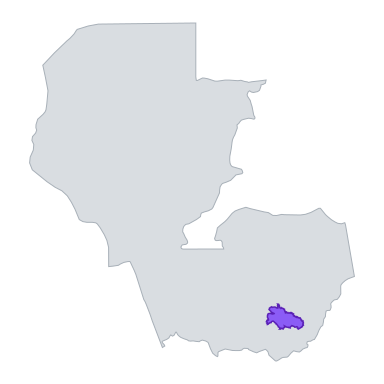 Chinsali, Muchinga, Zambia (highlighted), rotated 90°
{"feature_id": "96606910B49575738019753", "entity_name": "Chinsali", "entity_type": "district", "adm_level": 2, "iso_a3": "ZMB", "parent_name": "Zambia", "parent_adm1": "Muchinga", "projection": "robinson", "projection_center": [32.159, -10.298], "detail": "fine", "context": "in_parent", "style": "filled", "palette": "violet", "viewbox_px": 384, "rotation_deg": 90, "n_neighbors": 0, "source": "geoboundaries", "source_scale": "gbopen_adm2", "svg_char_len": 8309}
<svg xmlns="http://www.w3.org/2000/svg" viewBox="0 0 384 384"><g transform="rotate(90 192 192)"><path d="M266.6,275.3L247.4,275.4L240.4,277.1L234.7,279.7L227.8,283.8L223.9,286.7L222.8,288.3L222.3,291.8L222.3,297.2L221.6,301.1L219.6,304.7L209.2,309.0L202.4,312.5L195.8,316.7L190.8,322.1L187.4,328.7L181.7,337.0L169.8,351.7L162.9,354.4L157.1,353.8L150.1,350.7L144.5,350.2L140.4,352.1L136.6,351.5L133.1,348.4L130.1,347.3L127.8,348.1L124.7,348.0L119.2,346.3L114.4,341.0L111.7,338.8L109.7,338.0L104.0,337.2L90.8,336.0L77.2,338.6L65.2,341.2L52.8,329.5L40.9,317.1L38.3,314.0L33.8,309.8L30.6,307.8L29.4,306.8L26.0,295.8L24.1,285.6L23.0,188.2L76.9,188.2L80.4,187.7L80.5,186.7L78.0,181.5L78.1,179.7L78.8,176.1L81.1,169.1L81.2,166.7L80.1,159.0L80.1,154.7L80.7,146.1L80.3,143.1L81.5,139.2L81.9,136.6L82.4,135.5L81.8,132.6L80.6,122.2L80.0,117.9L83.2,118.6L84.3,120.7L84.9,123.0L86.4,123.1L90.3,124.5L91.6,126.4L92.5,130.6L92.0,132.7L90.8,134.4L92.0,135.9L94.6,136.9L96.1,136.6L100.4,133.8L104.4,132.7L106.4,132.0L115.4,130.2L117.1,129.1L118.4,129.1L119.2,130.0L118.5,132.9L118.2,135.5L119.4,140.4L120.2,142.7L122.1,144.4L123.4,145.2L124.9,147.0L128.0,146.7L134.9,149.2L137.0,150.4L139.8,151.5L141.9,151.9L148.9,152.8L156.4,154.2L160.2,154.3L163.0,154.0L164.9,153.3L166.0,152.5L166.6,151.8L169.3,142.5L170.8,141.7L172.6,141.2L173.7,142.1L174.9,148.0L180.3,153.3L182.2,157.8L183.5,161.6L184.7,162.6L186.8,163.9L190.0,164.4L192.9,164.5L207.4,171.0L209.0,172.2L210.8,175.7L211.9,179.6L213.1,182.7L214.9,183.3L216.6,183.5L218.2,185.7L219.5,187.5L223.8,195.2L224.4,198.3L226.5,200.3L229.3,201.2L231.9,201.3L233.4,200.4L237.1,198.8L240.0,197.0L242.1,196.3L243.3,196.7L244.3,198.0L244.9,201.8L247.0,203.1L248.5,202.6L249.1,201.1L249.1,200.3L249.0,160.3L247.7,160.5L246.0,161.7L242.2,161.8L240.7,162.7L240.2,163.9L240.5,165.6L240.6,167.9L240.0,168.9L238.4,169.4L235.9,168.5L231.5,167.3L227.9,166.6L225.2,163.6L221.6,159.1L219.3,156.8L213.6,152.1L212.7,151.1L211.0,148.9L209.5,145.2L208.1,140.8L207.3,138.1L208.6,133.8L211.9,119.9L212.6,115.6L215.4,111.2L215.5,107.3L214.4,102.3L214.7,99.5L215.0,83.6L214.3,78.5L212.4,73.0L208.3,65.2L208.3,63.6L214.6,58.5L216.4,56.6L219.7,52.6L221.9,49.1L223.3,46.3L223.8,42.6L222.7,39.2L224.9,38.5L276.5,29.6L277.3,31.9L278.8,35.9L280.6,38.8L282.8,41.3L284.7,42.9L286.0,43.3L293.9,43.2L296.8,44.7L299.3,46.7L299.9,49.7L301.5,51.6L303.3,53.1L304.1,53.3L305.4,53.0L307.5,52.9L309.5,53.6L310.4,54.2L310.5,56.8L311.1,57.9L313.8,58.4L316.6,58.6L319.2,60.3L322.1,60.6L325.4,61.3L326.9,63.2L330.4,65.1L334.7,66.8L339.5,69.6L339.6,70.5L340.4,72.1L341.2,73.3L341.3,75.1L341.7,76.7L342.9,77.1L343.9,77.2L344.8,76.0L346.1,76.1L347.5,76.8L348.0,78.7L349.1,81.2L350.8,82.9L352.0,84.6L351.6,87.6L350.8,90.4L353.2,93.1L356.3,95.7L357.1,96.9L357.4,100.7L357.8,102.1L359.9,105.3L361.0,107.4L360.9,108.6L355.2,115.0L351.8,116.0L350.3,117.3L349.3,118.6L351.6,124.9L352.8,127.3L351.8,130.4L349.5,135.5L348.5,135.9L348.3,139.8L349.0,141.2L350.1,142.3L350.6,144.9L350.5,151.4L349.0,158.8L351.6,165.3L352.4,166.0L356.0,166.1L356.6,166.6L355.7,168.4L353.2,171.3L348.8,173.5L342.4,175.9L341.0,178.3L340.1,181.7L340.9,183.7L341.7,184.8L341.4,187.8L340.9,190.9L341.1,193.4L340.8,195.5L339.9,196.6L338.8,199.9L337.4,203.2L336.3,204.7L334.7,206.3L332.2,207.6L332.2,208.3L335.1,209.8L335.8,210.8L336.1,211.6L334.9,213.2L336.2,214.2L337.9,215.1L339.4,217.3L341.1,221.4L341.5,221.8L342.0,221.9L342.9,221.4L344.7,219.8L346.0,219.2L347.5,221.6L320.7,231.8L314.4,233.9L305.0,237.5L301.9,238.8L299.5,240.2L274.5,248.1L270.6,249.7L261.8,253.8L261.5,254.5L261.6,256.3L262.4,260.1L264.0,263.6L265.3,265.6L266.1,270.8L266.6,275.3Z" fill="#d9dde1" stroke="#a8b0b8" stroke-width="1"/><path d="M329.2,103.9L329.1,103.7L328.9,103.3L328.7,103.4L328.4,103.2L328.2,103.4L328.1,103.2L329.0,100.9L328.6,100.8L328.5,101.1L328.2,101.0L327.8,100.1L327.6,99.6L327.3,99.3L327.2,99.4L326.0,99.6L326.3,99.2L326.2,99.0L326.4,98.7L326.5,98.3L326.7,98.1L327.2,97.1L327.2,96.7L327.2,96.2L327.3,96.1L327.3,95.8L327.5,95.6L327.4,95.4L327.6,95.2L327.6,94.6L327.8,94.4L327.9,93.9L327.5,94.0L327.3,93.8L327.1,93.9L326.5,93.1L326.2,92.8L326.0,92.3L325.6,92.1L325.8,91.5L325.8,91.2L326.2,91.0L326.4,90.8L326.4,90.4L326.5,89.7L327.2,89.2L327.0,88.0L326.7,87.5L326.7,87.1L326.9,86.8L327.5,86.6L327.5,86.4L327.8,86.4L327.9,86.6L328.2,86.6L328.3,86.3L328.3,86.0L328.7,85.9L329.0,85.9L329.1,85.7L328.7,85.3L328.6,84.8L328.4,84.7L328.3,84.3L328.1,84.0L327.8,83.5L327.6,83.4L327.5,83.0L327.3,82.9L327.2,82.6L327.2,82.4L326.7,82.2L326.6,81.7L326.2,81.7L325.9,81.4L325.7,81.2L325.4,81.2L325.3,80.9L325.2,81.0L324.8,81.1L324.7,81.0L324.5,80.8L324.1,81.1L323.9,81.1L323.9,80.9L323.5,81.0L323.4,80.9L323.2,80.8L323.1,80.7L323.0,80.8L322.8,80.8L322.7,80.8L322.4,80.7L322.3,80.8L322.1,80.7L321.9,80.9L321.6,81.0L321.4,81.1L321.5,81.5L321.4,81.6L321.2,81.5L321.3,81.8L321.2,81.9L321.0,82.0L320.8,81.9L320.7,82.2L320.2,82.2L320.0,82.7L319.9,82.6L319.7,82.8L319.7,83.0L319.3,83.0L319.1,83.1L318.6,83.4L318.7,83.5L318.3,83.8L318.1,83.8L318.1,84.1L318.1,84.3L317.9,84.3L318.0,84.8L317.8,84.9L317.7,85.1L317.8,85.6L317.7,85.9L317.7,86.0L317.4,86.2L317.4,86.4L317.2,86.4L317.3,86.8L317.1,86.8L316.9,86.8L316.9,87.0L316.8,86.9L316.6,87.2L316.5,87.3L316.6,87.5L316.7,87.8L317.0,87.9L316.9,88.0L317.0,88.2L316.9,88.3L316.6,88.3L316.4,88.6L316.3,89.1L316.5,89.3L316.4,89.7L315.9,89.7L315.9,89.8L315.7,89.8L315.7,90.0L315.4,90.1L315.3,90.3L315.4,90.5L315.2,90.5L314.8,90.8L314.7,90.6L314.4,90.6L314.1,90.5L313.9,90.6L313.8,90.9L313.9,91.0L313.8,91.4L313.7,91.5L313.4,91.7L313.4,91.8L313.3,91.7L313.2,91.8L313.2,91.6L313.0,91.9L313.2,92.0L312.9,92.2L312.8,92.3L312.9,92.7L313.0,92.7L313.0,92.8L312.6,93.0L312.6,92.9L312.5,93.0L312.7,93.3L312.8,93.6L313.1,93.6L313.1,93.9L313.1,94.5L312.9,94.7L312.9,94.9L312.8,95.0L313.0,95.1L313.1,95.3L312.8,96.5L313.0,96.6L313.0,96.9L312.9,97.1L312.9,96.9L312.8,97.0L312.7,96.9L312.6,97.0L312.4,97.3L312.3,97.5L312.2,97.5L312.4,97.8L312.2,97.9L312.3,98.0L312.2,98.0L311.9,98.4L312.0,98.5L311.9,98.5L311.9,98.8L311.7,99.1L310.8,99.3L310.6,99.3L310.6,99.2L310.4,99.3L310.1,99.4L310.1,99.5L309.9,99.6L310.0,99.6L309.7,99.9L309.3,99.7L309.2,100.1L308.9,100.1L308.8,100.3L308.6,100.6L308.6,100.8L308.3,101.2L308.4,101.4L308.1,101.9L308.1,102.2L308.3,102.9L308.2,102.9L308.3,103.0L308.1,103.3L307.9,103.5L307.9,103.8L307.8,104.1L307.6,104.2L307.6,104.3L307.4,104.4L307.2,104.5L306.8,104.4L306.7,104.5L306.4,104.6L306.4,104.8L306.3,104.7L306.1,104.8L306.0,104.7L305.9,104.8L305.7,104.8L305.7,104.7L305.4,104.7L305.3,104.9L305.2,104.9L305.2,105.0L304.9,105.2L304.7,105.4L304.4,105.4L304.4,105.6L304.2,105.7L304.1,105.8L304.1,106.0L304.1,106.3L304.5,106.0L305.0,106.4L305.4,106.5L305.8,106.4L307.0,106.4L307.6,106.1L308.0,106.1L308.1,107.0L307.8,107.5L307.5,108.2L307.0,109.0L307.2,111.1L307.4,111.8L307.3,112.0L306.8,112.3L307.4,113.4L307.4,113.6L307.8,114.0L308.2,114.6L309.0,114.6L309.5,114.9L309.6,114.7L309.8,114.6L310.1,114.5L310.5,114.0L310.6,113.9L311.0,113.6L311.2,113.2L311.4,113.2L311.8,112.9L312.3,112.7L312.3,112.4L312.5,112.2L312.7,111.8L312.8,111.6L312.7,111.5L313.0,111.2L313.0,110.8L313.4,110.3L313.5,109.9L313.7,110.0L314.0,111.6L313.9,112.0L313.5,113.3L313.5,115.1L313.8,115.7L314.1,116.1L314.7,116.2L315.0,116.4L315.4,116.3L315.9,116.6L316.5,116.5L316.9,116.6L317.2,116.5L317.5,116.5L317.9,116.2L318.2,116.1L318.6,115.8L318.9,115.7L319.1,115.9L319.3,115.6L319.9,115.5L320.0,115.7L320.0,115.9L320.2,116.3L320.3,116.3L320.3,116.8L320.5,116.9L320.5,117.1L320.8,117.2L321.0,117.3L321.0,117.2L321.3,117.3L321.4,117.2L321.7,117.2L321.8,117.3L322.0,117.0L322.3,116.9L322.5,116.7L322.8,116.7L322.9,116.8L323.1,116.8L323.4,116.7L323.5,116.5L323.5,116.8L323.6,116.7L323.9,116.8L324.4,116.6L324.5,116.6L324.4,116.2L324.2,116.0L324.0,115.6L323.8,115.5L323.7,115.4L323.4,115.3L323.1,114.8L323.1,114.4L322.8,114.1L322.7,113.9L322.7,113.3L322.6,112.8L321.8,112.6L321.4,112.1L321.1,110.9L321.4,110.4L322.2,109.5L322.4,109.4L322.5,109.2L322.9,108.9L323.0,108.6L323.0,108.4L323.4,108.1L324.0,107.9L323.9,107.5L324.0,107.4L324.8,107.0L325.0,106.7L325.4,106.4L325.9,106.1L326.1,106.0L326.5,105.7L326.9,105.6L326.9,105.4L327.0,105.3L327.0,105.2L327.4,104.8L327.6,104.6L327.9,104.3L328.1,104.3L328.3,104.2L328.5,104.2L328.6,103.9L328.7,104.0L328.7,103.9L329.0,104.2L329.0,103.9L329.1,104.0L329.2,103.9Z" fill="#8b5cf6" stroke="#5b21b6" stroke-width="1.5"/></g></svg>